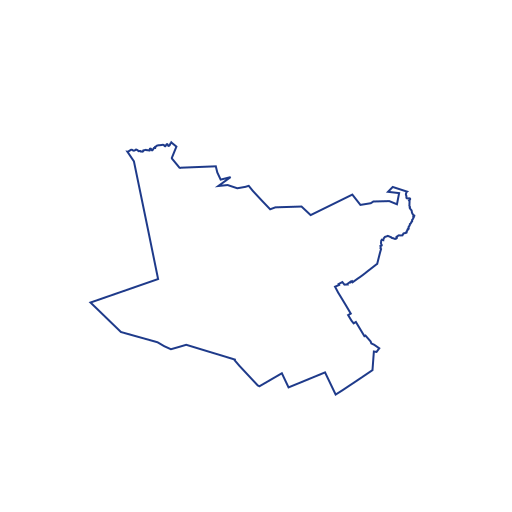 the district of Viesca, Coahuila, Mexico, rotated 141°
{"feature_id": "50627088B90788321268569", "entity_name": "Viesca", "entity_type": "district", "adm_level": 2, "iso_a3": "MEX", "parent_name": "Mexico", "parent_adm1": "Coahuila", "projection": "natural_earth1", "projection_center": [-102.997, 25.187], "detail": "fine", "context": "isolated", "style": "outline", "palette": "blue", "viewbox_px": 512, "rotation_deg": 141, "n_neighbors": 0, "source": "geoboundaries", "source_scale": "gbopen_adm2", "svg_char_len": 5279}
<svg xmlns="http://www.w3.org/2000/svg" viewBox="0 0 512 512"><g transform="rotate(141 256 256)"><path d="M250.3,397.6L250.5,397.5L250.6,397.4L250.9,397.3L251.1,397.2L251.6,397.3L252.6,396.8L253.0,396.6L253.3,396.5L253.5,396.4L254.3,396.4L254.6,396.5L254.7,396.8L254.8,396.9L254.7,397.2L254.6,398.0L254.5,398.5L254.6,398.8L254.8,398.9L254.9,399.0L255.1,399.0L255.3,399.0L256.4,398.7L257.1,398.4L257.4,398.4L257.5,398.4L257.6,398.5L257.8,398.9L257.8,399.4L257.8,400.3L258.0,400.6L258.5,401.1L258.8,401.3L260.1,402.0L260.8,402.5L261.7,403.1L262.2,403.5L262.4,403.6L262.8,403.7L263.1,403.9L263.3,404.0L263.6,404.1L264.6,404.1L264.9,404.0L265.7,404.3L265.9,404.3L266.0,404.2L266.1,403.9L266.1,403.7L266.3,403.5L266.4,403.4L266.5,403.5L267.1,404.1L267.3,404.2L267.7,404.0L268.2,403.9L268.9,403.6L269.4,403.5L269.9,403.4L270.1,403.4L270.3,403.5L270.4,403.8L270.2,404.9L270.2,405.2L270.2,405.4L270.2,405.5L270.3,405.7L270.4,405.8L270.6,406.0L270.9,406.1L271.0,406.1L271.5,405.7L272.2,404.9L272.3,404.9L272.4,405.0L272.7,405.3L273.5,406.4L273.8,406.5L274.1,406.7L274.5,407.3L274.7,407.7L274.9,407.9L275.6,408.2L276.1,408.4L276.5,408.6L276.9,408.9L277.1,409.0L277.3,408.9L277.5,408.6L278.1,408.4L278.3,408.5L278.5,408.5L278.9,409.0L279.1,409.2L279.3,409.3L279.5,409.4L279.5,409.5L279.8,409.8L279.8,410.3L279.9,410.5L280.0,410.6L280.3,410.8L280.8,411.0L281.0,411.1L281.3,411.4L281.3,411.5L281.4,412.3L281.4,412.7L281.5,412.9L281.6,413.1L282.1,414.1L282.4,414.3L283.0,414.2L283.7,414.4L284.4,414.6L284.6,414.7L285.0,415.1L285.2,415.5L285.3,416.1L285.5,416.5L286.0,417.0L286.3,417.2L286.9,417.3L287.5,417.3L287.9,417.4L288.0,417.4L288.3,417.4L289.3,417.6L289.7,417.6L289.9,417.7L290.1,417.8L290.3,418.0L291.3,406.4L323.0,345.1L346.6,299.7L413.9,324.0L408.8,281.9L386.8,250.9L384.1,243.7L380.8,237.1L373.1,233.8L366.1,230.9L337.6,188.8L338.2,188.3L338.0,180.9L336.1,154.3L335.3,152.6L309.7,148.6L313.4,133.4L275.6,122.1L281.3,98.2L272.8,97.2L252.3,95.3L237.3,94.0L224.5,107.6L222.7,105.6L218.3,106.7L220.0,112.6L221.4,115.5L220.9,117.0L220.7,117.3L221.0,125.3L222.2,125.5L219.9,141.9L222.5,142.2L222.5,145.6L221.6,152.1L218.6,151.6L217.2,161.0L215.8,171.2L215.2,175.8L213.9,182.4L209.7,181.2L209.5,182.2L205.3,181.4L205.3,178.1L203.1,176.5L203.1,176.8L198.5,176.5L198.7,175.9L197.2,175.9L197.4,174.8L190.6,174.4L188.7,174.2L184.8,174.0L177.3,173.9L167.8,173.7L166.8,173.6L160.4,178.4L156.9,181.0L154.4,182.7L154.4,183.7L153.6,184.3L153.0,185.5L151.7,185.1L151.4,185.3L151.4,185.6L151.2,186.5L151.0,186.9L150.8,187.3L150.6,187.6L150.3,187.8L149.9,188.2L149.2,189.0L148.0,189.5L147.1,188.2L146.8,188.5L145.5,189.4L145.4,189.4L145.1,189.4L144.6,189.5L144.4,189.6L143.9,189.7L143.7,189.7L142.3,189.1L141.5,188.8L141.1,188.8L140.8,188.5L140.5,188.0L139.4,185.9L139.2,185.6L139.1,185.4L139.2,185.0L139.2,184.8L139.0,184.5L138.5,183.8L138.3,183.5L138.1,183.4L137.7,182.5L137.5,182.2L137.4,182.0L136.8,181.5L136.5,181.4L136.2,181.3L135.7,181.3L135.3,181.3L135.2,181.4L135.1,181.5L135.2,181.9L135.2,182.1L135.1,182.3L134.9,182.4L134.7,182.5L134.2,182.4L133.4,182.3L132.3,182.3L131.9,182.1L130.9,181.1L130.7,181.0L129.9,180.4L129.3,180.0L129.2,179.9L128.5,180.2L128.0,180.3L127.8,180.4L127.6,180.6L127.3,180.7L127.2,180.7L126.9,180.6L126.2,180.3L125.9,180.0L125.6,179.9L124.9,179.6L124.6,179.5L124.3,179.4L124.1,179.5L123.8,180.2L123.7,180.3L123.1,180.4L122.8,180.4L122.5,180.6L122.4,180.6L121.8,180.8L121.5,180.9L121.5,181.0L121.3,181.2L121.3,181.3L121.1,181.3L120.9,181.2L120.8,181.3L120.7,181.2L120.3,181.1L120.2,181.1L119.5,181.9L119.4,182.1L119.4,182.3L119.2,182.5L118.6,182.8L118.0,182.8L117.4,183.0L117.1,183.2L116.6,183.7L116.4,183.9L116.3,184.0L116.0,184.0L115.9,184.0L115.5,183.9L115.3,183.9L114.5,184.3L114.0,184.4L113.7,184.7L113.2,184.7L112.9,184.7L112.8,184.8L112.6,184.9L112.4,185.2L112.3,185.4L112.1,185.7L111.9,185.8L111.3,185.9L110.8,186.0L110.6,186.1L110.3,186.2L110.0,186.4L109.6,186.6L108.9,186.9L108.9,187.1L109.0,187.2L109.2,187.4L109.2,187.5L108.8,187.7L108.2,187.7L107.7,187.6L107.5,187.8L107.6,188.1L108.0,189.0L107.9,189.6L107.9,189.9L107.8,190.3L107.7,190.5L107.6,191.1L107.6,191.4L107.5,191.6L107.2,192.1L107.0,192.4L106.8,192.8L106.6,193.1L106.5,193.5L106.4,193.9L106.5,194.8L106.4,195.5L106.4,196.1L106.4,196.3L106.1,196.7L106.1,196.8L105.8,196.9L105.6,197.0L105.5,197.4L105.5,197.5L105.3,197.8L105.3,198.1L105.2,198.5L105.0,198.8L104.5,199.3L104.0,199.8L103.7,200.2L103.6,200.4L103.5,200.5L103.1,200.9L102.6,201.4L102.5,201.5L102.2,202.4L102.1,202.7L102.1,202.8L101.2,202.8L100.8,202.9L100.4,203.2L100.3,203.3L100.2,203.6L100.2,203.9L100.3,204.1L100.5,204.3L101.9,205.3L102.3,205.7L102.5,206.0L102.5,206.4L102.4,206.5L102.2,207.0L101.7,207.5L101.5,207.8L101.3,208.1L101.3,208.3L101.1,208.8L100.7,209.6L100.5,209.8L100.3,210.0L99.7,210.3L99.4,210.6L98.9,210.9L98.7,211.0L98.4,211.0L98.1,211.0L98.3,211.3L106.3,223.6L113.0,222.8L105.2,214.8L113.9,207.5L117.9,214.8L130.5,224.5L130.8,224.5L133.6,224.8L142.7,230.0L142.5,243.1L187.8,253.4L189.5,265.8L210.3,281.6L215.6,283.4L216.6,295.4L217.5,308.7L217.5,315.1L218.7,315.6L220.7,316.4L227.9,320.4L233.4,329.0L241.2,334.1L226.1,333.3L235.4,337.6L233.5,345.3L230.8,351.0L258.7,371.8L259.4,372.1L259.9,372.8L260.0,384.7L259.7,385.2L249.0,391.1L250.2,396.8L250.3,397.6Z" fill="none" stroke="#1e3a8a" stroke-width="2"/></g></svg>